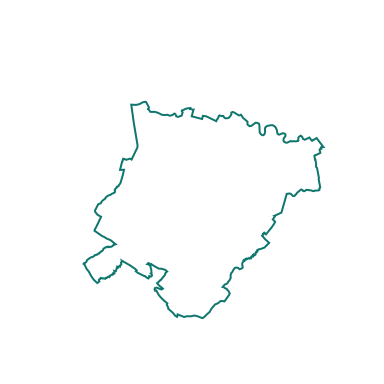 the district of Balesti, Gorj, Romania, rotated 232°
{"feature_id": "2599482B86837761601093", "entity_name": "Balesti", "entity_type": "district", "adm_level": 2, "iso_a3": "ROU", "parent_name": "Romania", "parent_adm1": "Gorj", "projection": "mercator", "projection_center": [23.167, 45.008], "detail": "fine", "context": "isolated", "style": "outline", "palette": "teal", "viewbox_px": 384, "rotation_deg": 232, "n_neighbors": 0, "source": "geoboundaries", "source_scale": "gbopen_adm2", "svg_char_len": 5994}
<svg xmlns="http://www.w3.org/2000/svg" viewBox="0 0 384 384"><g transform="rotate(232 192 192)"><path d="M298.2,197.9L282.3,188.7L262.8,178.1L261.3,177.0L260.5,176.0L254.8,164.4L255.7,164.2L256.6,163.4L257.8,160.1L259.0,159.4L259.2,159.1L259.6,159.1L260.6,158.2L258.7,155.7L258.9,155.5L253.7,148.9L251.4,152.1L248.3,148.4L243.0,141.0L242.4,138.6L241.8,137.6L242.4,136.0L241.9,135.7L241.7,134.9L241.7,133.6L241.1,132.2L240.3,132.1L239.3,131.0L239.3,129.9L239.9,128.0L240.0,125.8L240.9,123.3L240.8,120.4L240.3,119.9L240.2,119.4L240.3,116.2L240.0,114.7L239.3,113.3L240.1,110.5L237.0,103.9L235.5,103.5L232.4,103.5L228.4,105.1L223.1,94.4L222.7,93.1L221.5,91.3L212.2,94.2L210.8,95.1L208.0,96.0L204.2,98.2L197.9,99.6L198.3,98.8L198.2,98.5L198.7,98.1L198.5,96.7L198.3,96.0L198.6,94.7L199.1,94.0L199.2,93.3L200.2,92.6L200.0,92.2L200.2,91.8L201.0,91.6L201.4,90.7L201.4,89.6L201.7,89.4L201.8,87.2L201.2,86.5L200.9,85.5L200.9,84.6L201.1,84.2L200.9,82.9L201.1,81.8L200.7,81.1L201.2,80.2L200.9,79.1L201.3,78.8L201.4,77.8L202.1,76.6L201.8,75.8L201.9,74.2L202.8,71.7L202.7,70.5L203.0,69.9L202.9,67.3L202.5,66.4L202.1,66.1L201.9,65.3L201.9,64.2L202.4,63.0L202.1,62.3L200.5,62.6L196.3,61.6L192.9,61.7L188.0,60.8L183.5,60.6L178.6,61.3L178.5,64.0L179.9,64.4L180.3,64.9L180.0,66.3L180.5,67.2L179.7,67.9L178.9,68.2L178.4,69.1L177.0,70.3L177.4,71.1L176.8,71.7L176.8,72.3L177.1,73.2L175.8,74.4L175.9,75.1L176.7,75.6L176.3,76.6L176.4,77.7L175.6,78.5L175.7,78.9L176.5,79.6L175.5,80.6L175.6,80.9L176.3,81.1L176.7,81.7L177.7,82.1L176.6,82.9L176.5,83.3L178.3,85.7L178.4,86.1L178.0,86.4L177.9,86.9L179.0,86.8L179.3,87.1L178.7,87.7L178.4,88.6L177.5,89.3L178.4,90.1L178.3,91.2L178.6,91.9L180.2,92.6L180.2,93.6L180.5,94.4L180.9,94.5L172.6,97.9L167.0,99.7L164.4,100.2L164.1,98.9L161.7,99.5L154.8,102.8L154.5,103.3L153.0,103.4L150.7,104.4L151.0,105.4L152.1,106.5L151.4,107.0L151.1,106.8L150.5,108.1L151.1,109.3L152.2,109.6L153.2,109.4L153.1,110.2L153.3,110.4L156.6,112.5L158.5,113.1L159.0,113.6L159.7,113.7L162.1,113.0L162.7,112.4L162.9,113.7L162.6,114.2L161.7,114.2L161.0,114.5L160.2,115.6L159.8,115.5L152.1,118.6L150.4,120.6L147.5,122.8L144.7,123.5L144.5,121.4L144.3,120.7L143.4,119.9L141.8,113.1L142.1,113.0L141.7,110.3L141.6,108.3L138.5,108.5L133.8,109.6L133.8,108.4L134.1,107.8L138.5,105.2L139.1,103.6L138.7,102.9L138.1,102.4L136.9,102.1L136.4,103.2L131.3,102.4L128.4,102.5L124.1,103.0L119.4,104.0L118.7,102.7L115.6,102.1L114.8,101.4L108.2,102.6L105.1,102.6L102.8,103.3L103.0,103.8L104.4,105.3L98.4,108.8L97.3,111.4L94.5,115.0L93.6,117.1L92.8,118.2L90.3,120.1L86.6,122.3L86.0,122.9L86.1,126.2L86.5,128.9L86.5,131.7L88.1,135.6L89.2,141.0L88.5,143.2L88.3,144.9L88.5,146.4L88.3,147.8L87.3,148.7L87.0,149.3L85.8,150.2L88.1,158.0L88.5,158.4L88.8,159.3L91.6,159.8L92.5,159.6L94.5,159.7L95.5,158.9L97.4,158.4L98.3,157.7L98.9,160.9L98.3,162.6L98.3,163.8L98.9,165.0L99.3,167.1L100.5,169.7L102.3,170.8L103.8,172.7L104.2,174.7L105.3,176.9L105.8,179.1L105.3,180.2L104.5,181.1L103.8,181.6L101.8,182.0L101.1,184.4L101.2,185.2L101.5,185.7L103.5,186.6L104.9,187.7L105.8,189.7L105.6,190.1L106.1,190.1L106.3,190.4L105.9,190.8L106.3,191.2L105.9,191.5L106.2,191.8L106.2,192.5L105.9,192.7L106.2,193.0L106.1,194.0L105.8,194.2L105.4,193.8L105.3,194.4L105.1,194.4L105.0,195.4L104.4,196.0L104.6,196.3L104.2,196.4L104.2,197.1L103.9,197.1L103.8,197.4L103.4,197.6L103.6,198.1L103.8,197.9L104.2,198.3L104.4,198.7L104.0,198.9L104.0,199.2L104.4,199.4L104.6,200.4L104.2,200.5L104.4,200.7L104.1,200.8L104.4,201.1L104.0,201.3L104.5,201.9L104.0,201.9L104.1,202.4L104.3,202.5L104.0,202.8L104.1,203.1L103.7,203.1L103.8,203.4L103.7,203.7L104.9,204.7L104.8,205.1L105.2,205.4L104.7,206.6L105.5,207.5L105.8,207.3L106.1,208.0L105.6,208.6L105.7,209.5L105.1,210.3L103.6,214.8L104.4,221.5L109.5,220.6L114.4,220.3L114.7,222.5L115.4,222.4L115.5,223.9L113.1,224.3L115.0,232.7L116.5,237.4L117.4,239.2L120.7,238.8L121.9,242.8L122.4,242.5L120.7,249.8L132.2,265.5L130.6,268.2L129.4,268.8L126.7,269.1L126.0,269.8L125.8,271.0L126.3,272.0L126.1,272.8L126.7,274.3L126.8,279.5L125.5,280.3L124.5,280.2L123.9,280.5L123.4,281.2L123.3,283.5L119.7,287.0L117.8,288.3L117.3,289.9L115.6,292.3L115.2,293.1L115.2,293.8L116.5,294.6L116.6,295.8L124.1,299.7L125.0,300.7L133.9,305.3L135.6,305.3L137.2,306.7L139.7,308.2L141.5,309.1L141.6,308.8L142.5,309.2L145.2,310.8L145.2,311.9L144.8,312.5L143.8,317.1L144.7,317.8L146.3,318.2L147.0,319.1L147.0,319.6L146.4,320.5L147.6,321.0L147.8,321.5L146.5,323.2L157.8,323.4L158.4,318.4L159.0,318.5L159.1,318.0L162.7,318.0L163.7,313.1L165.5,312.2L167.9,312.8L169.5,312.2L169.6,310.2L169.4,309.4L167.9,307.9L167.1,307.6L166.9,306.9L168.3,304.6L170.0,302.7L170.4,301.8L171.4,301.2L172.3,297.3L173.1,296.3L174.9,295.5L176.2,295.7L177.6,297.1L178.1,298.2L178.3,299.6L179.0,300.6L180.1,301.1L181.0,300.9L182.3,299.8L182.6,299.3L183.4,296.4L183.6,295.9L184.5,295.4L185.9,295.5L188.6,297.0L191.4,297.7L193.0,297.5L195.0,296.7L196.1,295.2L197.6,292.3L197.8,291.8L197.8,290.0L197.7,289.4L196.6,288.2L194.2,286.5L193.1,285.0L192.8,283.6L193.2,282.6L193.8,282.2L195.5,281.8L197.4,282.1L203.1,286.2L204.8,286.8L206.7,285.6L207.4,284.7L207.6,279.4L208.3,278.0L210.1,277.4L211.3,277.4L213.2,279.0L219.3,277.8L221.2,278.2L222.8,278.1L222.8,277.3L223.5,276.1L229.3,273.9L230.2,273.1L230.3,271.9L230.0,271.5L228.9,270.8L228.2,268.7L227.9,267.2L228.0,266.1L228.5,265.1L229.3,264.0L230.3,263.3L232.7,263.4L233.0,263.1L233.2,262.4L235.4,260.8L235.4,260.1L234.0,257.7L233.7,256.2L232.9,254.7L242.9,249.8L245.3,247.4L243.3,244.9L251.8,238.4L256.0,243.9L256.3,243.2L258.1,242.2L258.5,241.6L259.2,242.4L260.9,239.6L261.6,237.6L261.8,236.2L262.5,234.3L262.2,233.8L260.5,233.7L260.1,232.9L258.9,231.6L258.6,230.7L259.7,227.5L260.0,227.0L261.3,226.2L263.5,226.9L264.5,226.6L264.8,225.9L264.6,224.3L265.6,221.6L268.0,220.2L269.3,218.0L271.3,215.9L275.4,213.9L278.0,212.1L280.8,208.5L284.1,208.7L284.4,208.4L284.7,208.7L284.8,209.8L285.6,210.3L291.2,211.2L291.8,210.8L292.9,208.8L293.6,204.8L294.3,203.0L295.3,201.3L298.2,197.9Z" fill="none" stroke="#0f766e" stroke-width="2"/></g></svg>